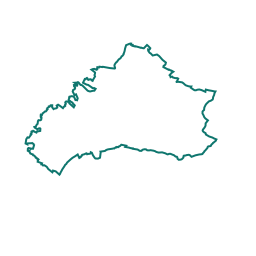 Sutesti, Vâlcea, Romania (Mercator projection), rotated 224°
{"feature_id": "2599482B44989926814330", "entity_name": "Sutesti", "entity_type": "district", "adm_level": 2, "iso_a3": "ROU", "parent_name": "Romania", "parent_adm1": "Vâlcea", "projection": "mercator", "projection_center": [24.211, 44.673], "detail": "fine", "context": "isolated", "style": "outline", "palette": "teal", "viewbox_px": 256, "rotation_deg": 224, "n_neighbors": 0, "source": "geoboundaries", "source_scale": "gbopen_adm2", "svg_char_len": 5874}
<svg xmlns="http://www.w3.org/2000/svg" viewBox="0 0 256 256"><g transform="rotate(224 128 128)"><path d="M134.5,200.0L136.6,199.5L136.7,199.2L139.2,198.5L139.2,198.1L144.9,196.4L145.5,197.3L145.5,197.8L145.2,198.6L145.3,199.9L146.2,201.4L150.5,201.0L155.5,201.4L158.2,201.0L160.6,197.3L163.5,197.4L164.6,197.1L166.8,197.5L167.7,198.0L167.9,198.2L168.1,198.5L167.1,198.8L167.1,200.1L167.4,200.9L170.6,201.0L172.0,200.9L172.0,196.3L173.5,195.3L174.5,194.9L174.6,194.5L176.5,193.6L179.7,191.8L179.6,191.5L181.9,190.2L182.4,191.0L183.7,189.9L184.4,190.9L184.8,190.6L185.6,189.3L186.2,187.8L186.9,186.3L185.3,183.1L183.9,181.0L182.9,178.9L182.8,178.3L182.3,177.9L182.1,175.9L182.4,175.1L182.0,173.9L181.9,172.7L182.3,171.0L182.1,169.0L181.9,168.1L182.1,166.8L181.7,164.5L181.3,163.7L180.9,163.3L179.1,162.3L178.9,162.1L178.8,161.8L178.9,161.5L182.7,158.5L188.7,154.5L188.8,154.3L188.8,154.0L191.2,152.2L190.9,151.2L191.0,151.1L192.2,150.6L192.3,150.4L192.0,150.3L191.7,149.9L191.5,148.7L191.3,148.4L191.0,148.4L191.2,147.9L193.1,147.3L194.1,146.2L194.8,144.6L191.3,145.0L190.2,145.0L190.0,144.8L189.4,144.0L188.9,142.8L187.5,142.2L186.9,139.4L186.2,137.3L187.2,137.0L187.5,137.4L188.7,137.1L189.2,136.7L189.9,135.1L190.1,135.0L190.9,135.1L191.5,135.5L192.3,135.5L192.5,134.9L192.4,133.5L193.1,133.2L191.8,129.3L188.0,130.4L186.6,131.3L181.8,132.1L181.4,132.0L180.3,132.8L180.2,133.2L178.5,133.7L178.1,131.5L179.1,130.4L180.6,128.0L181.3,127.5L182.9,126.8L190.0,126.9L191.2,126.7L192.1,126.0L195.0,126.4L195.7,126.3L195.9,126.2L196.0,125.8L196.2,125.3L197.7,123.6L194.7,124.2L194.0,123.1L194.5,122.6L196.7,121.7L196.8,121.4L196.3,121.1L195.7,120.5L194.7,120.5L194.1,120.3L193.7,119.9L193.6,119.4L193.3,118.8L193.9,117.3L193.1,115.8L189.3,114.5L188.8,116.1L185.2,114.6L184.9,114.2L184.7,114.2L183.9,112.6L184.5,112.3L185.2,111.6L188.1,112.8L189.1,112.7L190.5,111.9L191.9,109.8L191.7,109.2L191.1,109.0L190.9,108.5L190.5,107.3L189.7,106.9L188.4,107.2L187.4,107.2L186.0,107.6L185.2,107.6L184.1,107.2L183.3,107.4L182.1,107.3L181.9,107.2L181.8,106.4L181.4,105.2L187.4,105.0L188.2,105.6L188.6,105.6L190.1,104.7L190.3,104.8L191.0,104.0L191.1,103.6L190.7,102.6L189.5,102.2L189.4,100.9L189.0,100.2L188.5,100.2L188.5,99.7L188.9,98.7L188.6,97.1L192.1,96.7L194.5,96.2L194.9,94.6L193.6,94.1L193.1,93.6L193.2,93.2L193.2,92.5L194.6,90.4L194.7,89.9L196.9,90.2L198.3,91.7L199.2,90.8L198.8,90.5L199.8,88.8L199.3,88.6L199.9,86.7L199.6,86.5L199.5,85.3L198.9,85.3L199.0,84.8L198.7,84.3L198.6,83.0L198.8,82.6L199.2,82.3L199.4,80.0L199.6,79.3L198.9,77.5L200.0,77.0L199.7,76.5L199.0,76.1L198.8,75.6L198.2,75.2L197.9,75.6L197.3,75.3L196.2,73.6L196.3,73.1L196.6,72.4L197.8,71.5L197.8,71.1L197.5,70.3L195.9,68.2L196.0,67.1L195.8,66.4L195.3,64.9L196.1,63.7L195.7,63.5L195.2,63.5L192.2,64.2L192.0,65.3L191.7,66.1L190.9,66.7L190.5,66.6L189.1,64.9L190.8,62.5L191.1,62.3L190.7,61.1L192.6,60.4L193.2,60.4L194.2,60.1L194.1,59.6L194.5,59.4L195.0,58.6L195.0,58.4L194.8,58.3L194.6,57.9L193.9,57.7L193.8,56.1L193.1,56.2L192.6,52.1L193.1,51.7L193.8,51.4L193.4,49.3L190.9,45.7L189.1,46.3L189.6,46.7L189.6,47.1L186.9,50.0L186.6,50.2L186.5,50.6L184.9,50.9L184.4,50.5L183.7,50.5L181.9,47.1L182.5,46.5L182.8,46.5L183.1,45.9L184.1,45.5L185.7,44.5L185.7,43.6L184.3,42.0L183.8,42.1L183.7,42.6L183.3,42.8L183.1,43.2L182.8,42.4L181.8,42.4L181.0,42.1L180.7,41.8L179.2,42.3L178.2,42.9L177.5,42.5L177.1,42.5L176.8,42.8L176.3,43.0L173.6,42.9L173.6,42.6L172.4,42.7L172.5,43.0L171.4,43.2L170.5,43.2L170.5,42.6L170.2,42.2L170.2,41.7L169.7,41.4L169.5,41.0L165.5,42.8L165.4,42.0L165.1,41.6L164.2,42.2L163.1,42.0L162.3,43.1L159.8,43.6L159.1,43.6L156.9,43.1L151.6,43.6L151.9,44.7L152.3,45.3L149.9,46.6L144.9,46.8L145.0,47.8L145.6,49.2L146.0,50.9L146.5,52.5L147.2,56.4L147.6,57.9L147.4,59.2L147.8,60.9L147.5,65.4L147.2,68.0L146.4,71.0L145.8,74.0L142.2,72.6L141.8,74.0L142.3,74.3L141.9,75.4L142.0,76.1L142.3,76.4L142.3,76.9L141.1,78.9L140.6,80.4L140.2,81.0L139.2,80.7L138.2,82.3L137.6,82.9L137.2,83.8L137.9,84.7L136.8,85.1L134.2,84.0L131.2,83.4L130.3,83.4L128.9,84.6L128.3,85.2L127.5,87.2L130.8,91.6L131.4,91.9L129.0,95.0L128.5,95.9L128.4,97.1L127.5,98.8L124.9,102.2L124.0,103.6L123.6,103.8L123.4,105.7L123.3,105.9L122.7,106.1L122.8,106.7L121.6,107.6L121.8,108.0L121.7,108.6L121.2,109.6L121.2,111.3L117.0,114.0L116.8,112.5L113.8,114.5L112.2,115.3L110.3,116.7L110.1,116.4L106.1,119.2L103.8,119.7L102.5,120.8L102.4,121.0L102.5,122.2L102.2,122.9L101.4,124.1L100.3,125.1L98.7,125.3L97.3,126.5L96.4,127.7L93.9,129.4L92.5,130.1L90.9,130.5L88.9,131.6L86.5,134.2L83.6,135.7L81.4,136.4L81.0,136.8L80.5,137.9L79.7,138.8L78.4,139.4L77.4,139.7L76.3,140.3L73.9,140.5L72.8,141.3L72.1,141.1L71.0,140.3L69.4,140.4L68.2,141.8L67.7,142.7L67.6,143.3L67.6,145.1L67.8,145.5L68.5,146.3L68.6,146.7L68.5,147.1L67.6,148.0L66.9,149.4L65.6,151.0L64.8,151.4L62.3,151.4L60.5,155.2L58.4,158.4L56.7,160.4L56.4,161.0L56.6,161.4L56.6,163.5L56.9,164.3L56.8,165.2L57.0,168.8L57.5,169.7L57.5,170.3L57.5,170.5L56.1,172.3L56.0,173.0L56.5,173.9L56.3,175.8L56.5,176.4L56.3,177.0L56.0,180.0L56.3,180.3L56.5,181.2L59.0,180.2L60.6,179.8L63.7,178.3L67.1,177.5L67.5,177.4L68.2,178.0L68.8,178.2L70.0,177.8L71.4,177.7L72.1,177.8L72.6,178.1L73.0,178.9L73.2,181.1L73.5,182.6L73.9,183.6L75.4,185.3L75.8,189.0L79.0,188.6L80.7,188.8L82.5,189.6L84.5,190.2L85.8,191.6L85.9,192.4L85.8,193.8L87.3,195.7L88.2,198.5L88.4,199.8L88.3,203.4L87.4,205.1L86.9,207.3L87.4,208.3L88.2,209.3L89.0,211.6L89.9,213.0L90.5,215.0L91.2,214.4L93.3,213.1L96.1,211.2L98.7,209.7L98.0,208.5L97.5,207.8L101.6,206.3L103.5,205.2L104.7,203.7L105.3,202.4L106.2,201.5L107.1,201.2L110.8,200.6L111.3,201.8L111.9,201.2L113.4,200.1L115.9,198.9L117.3,198.7L118.9,198.7L120.6,198.5L121.7,197.8L124.0,196.1L125.0,194.9L125.2,195.0L125.2,195.6L126.2,198.4L127.2,198.1L128.8,196.6L130.9,195.5L131.8,195.7L132.5,194.8L132.7,194.2L133.7,194.8L134.8,194.9L134.9,197.9L134.5,200.0Z" fill="none" stroke="#0f766e" stroke-width="2"/></g></svg>